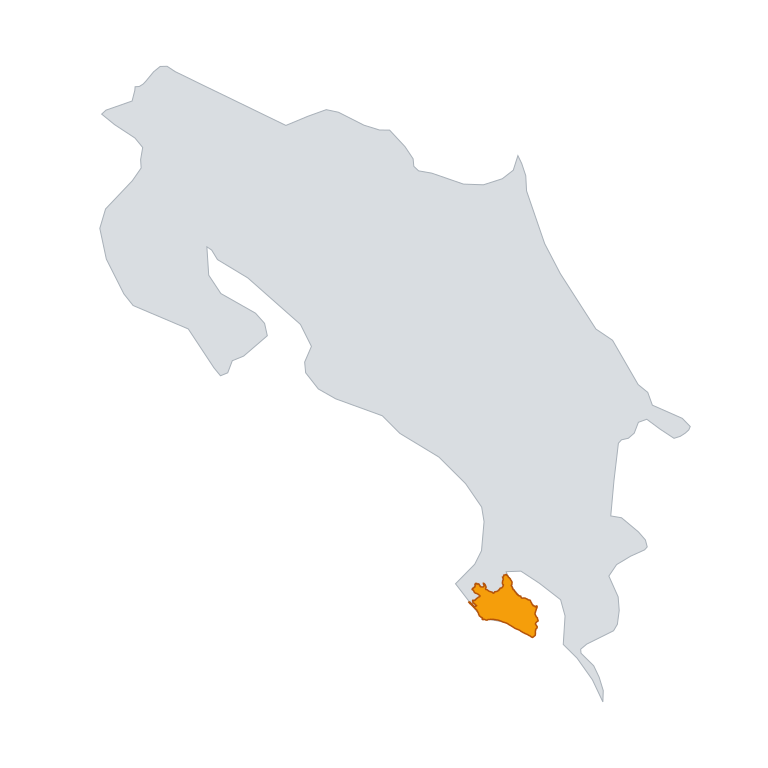 Puerto Jimenez, Puntarenas, Costa Rica (highlighted), rotated 6°
{"feature_id": "36466004B12090025276311", "entity_name": "Puerto Jimenez", "entity_type": "district", "adm_level": 2, "iso_a3": "CRI", "parent_name": "Costa Rica", "parent_adm1": "Puntarenas", "projection": "albers", "projection_center": [-83.47, 8.533], "detail": "fine", "context": "in_parent", "style": "filled", "palette": "amber", "viewbox_px": 768, "rotation_deg": 6, "n_neighbors": 0, "source": "geoboundaries", "source_scale": "gbopen_adm2", "svg_char_len": 7517}
<svg xmlns="http://www.w3.org/2000/svg" viewBox="0 0 768 768"><g transform="rotate(6 384 384)"><path d="M693.0,394.3L691.9,397.8L688.7,401.4L684.1,405.1L678.1,407.7L663.4,400.1L649.0,391.6L641.0,395.5L638.0,406.7L632.7,412.4L626.0,414.7L623.3,418.4L622.8,456.0L623.3,491.5L634.2,492.2L652.5,504.5L660.3,511.8L662.8,518.5L660.5,521.7L647.2,529.5L634.2,539.3L627.7,551.5L639.1,571.2L641.6,584.6L641.2,598.6L638.1,605.4L612.8,621.5L607.3,627.2L608.1,631.2L622.0,642.3L628.6,653.1L634.1,666.0L634.9,677.3L622.2,656.4L604.7,636.5L589.5,624.3L588.3,595.7L582.2,580.1L559.3,565.9L539.7,555.8L525.1,557.9L534.0,574.3L557.1,595.4L558.6,603.5L558.2,614.4L542.4,612.7L528.4,608.3L511.4,606.9L500.0,600.4L476.0,575.2L493.1,553.7L498.4,539.6L497.9,510.4L494.0,496.2L475.6,474.6L446.2,450.9L405.0,431.5L385.7,415.8L337.5,403.8L319.2,395.8L304.9,381.0L302.8,370.5L307.9,354.2L294.7,333.5L237.4,292.7L205.4,277.7L198.6,268.8L193.5,266.1L198.3,294.1L212.3,311.1L248.8,327.0L258.9,336.2L262.9,348.2L241.5,370.9L230.7,376.7L227.4,389.2L220.5,392.9L213.2,385.7L183.6,349.7L126.3,332.2L115.9,321.6L94.8,288.8L85.1,258.9L88.8,239.0L112.5,208.1L119.9,194.6L118.5,186.3L119.3,174.0L110.6,165.4L88.9,154.2L75.0,145.1L78.9,140.7L103.9,128.9L105.5,118.0L105.4,114.4L109.5,113.7L113.2,110.8L115.4,107.9L122.3,97.5L128.2,91.6L135.1,90.7L143.5,95.1L174.8,106.5L209.7,119.1L259.4,137.1L280.1,125.8L297.9,117.2L310.3,118.5L337.0,128.7L353.1,131.9L363.0,130.9L380.1,145.8L389.4,157.0L390.9,164.4L396.1,168.4L409.4,169.3L442.1,176.9L462.1,175.5L480.2,167.5L490.2,157.9L493.3,142.9L497.9,150.3L503.2,162.0L505.6,177.1L529.1,227.6L547.8,255.8L589.0,307.2L606.7,316.6L636.8,358.0L647.2,364.8L653.1,377.0L684.3,387.0L693.0,394.3Z" fill="#d9dde1" stroke="#a8b0b8" stroke-width="1"/><path d="M491.3,591.9L491.1,592.1L492.3,593.3L492.8,593.7L493.3,593.9L495.0,595.3L495.6,595.7L496.1,596.2L496.4,596.4L497.1,597.0L498.1,597.7L498.3,598.1L499.1,598.5L499.3,598.7L499.7,598.9L500.6,600.3L500.9,600.7L501.9,602.1L502.0,602.8L502.3,603.2L502.6,603.8L502.9,604.2L503.1,604.7L503.3,604.8L504.1,605.1L504.4,605.5L504.7,605.7L505.5,605.9L506.3,606.3L506.5,606.6L506.4,606.9L506.3,607.2L506.1,607.3L506.1,607.5L506.3,607.7L506.8,608.0L507.4,608.0L507.9,607.6L508.6,607.6L509.0,607.7L509.3,607.9L510.0,608.1L511.1,608.1L511.4,608.0L512.1,607.3L513.1,607.3L513.4,607.2L514.5,607.0L514.7,606.8L515.3,606.9L516.7,606.7L518.0,606.6L518.5,606.8L519.5,606.7L520.3,606.9L520.9,606.8L522.2,606.9L524.6,607.4L525.8,607.8L527.1,608.2L527.5,608.4L528.1,608.4L529.4,608.7L529.8,608.7L532.0,609.4L533.3,610.2L534.3,610.6L534.7,610.8L535.7,611.2L536.0,611.4L538.3,612.5L539.0,612.9L540.0,613.4L540.3,613.5L540.9,613.6L541.3,613.8L541.8,613.9L542.1,614.0L543.0,614.2L543.5,614.4L544.6,614.7L545.3,615.1L545.8,615.5L546.2,615.7L547.2,616.1L548.4,616.7L549.1,616.9L549.8,617.1L550.2,617.4L552.8,618.1L554.3,618.9L555.4,619.2L555.8,619.4L556.8,620.1L557.3,620.3L558.3,620.5L559.2,619.7L559.5,619.3L560.2,618.7L560.7,618.0L560.7,616.9L560.7,616.5L560.7,616.2L560.5,615.9L560.5,615.5L560.6,615.1L560.5,614.8L560.4,614.1L560.4,613.9L560.4,613.7L560.6,613.4L560.5,613.0L560.5,612.4L560.6,612.1L560.8,611.8L560.9,611.5L561.1,611.3L561.3,611.3L561.5,611.0L561.6,610.8L561.6,610.5L561.8,610.0L561.8,609.8L561.7,609.4L561.6,609.0L561.1,608.8L560.7,608.1L559.7,606.9L559.7,606.6L559.9,605.9L560.1,605.6L560.5,604.9L561.3,604.1L561.8,603.8L562.0,603.6L562.0,603.1L561.2,601.5L561.0,600.5L560.3,600.0L559.9,599.8L559.5,599.0L559.1,598.6L559.0,598.2L558.3,597.2L558.2,596.3L558.3,595.3L558.5,595.0L558.5,594.4L558.8,593.4L558.8,593.0L559.0,592.5L558.9,592.1L559.4,590.9L559.6,589.8L559.5,589.4L559.5,589.0L559.4,588.9L559.2,588.8L558.7,588.8L558.5,589.0L558.4,589.2L558.2,589.7L558.3,589.8L558.6,589.8L558.6,590.0L558.1,589.8L557.5,589.7L557.4,589.5L557.2,589.2L556.6,589.0L555.9,588.9L555.7,589.0L555.4,588.8L555.4,588.4L555.3,588.2L554.9,588.0L554.7,588.0L554.3,587.5L554.2,587.2L553.9,587.0L553.7,586.4L553.1,585.7L552.7,585.1L552.4,584.4L551.9,583.8L551.6,583.6L551.2,583.6L550.7,583.7L550.3,583.6L549.9,583.6L549.6,583.4L549.3,583.0L548.3,582.8L547.1,582.3L546.8,582.2L546.0,582.2L544.9,582.3L544.5,582.5L543.1,582.4L542.9,582.1L542.7,582.0L542.6,581.8L542.4,581.3L542.3,581.2L542.3,580.8L542.2,580.7L541.7,580.7L541.6,580.8L541.3,580.7L541.2,580.6L540.5,580.6L540.3,580.4L540.2,580.4L539.8,580.3L539.4,579.8L539.1,579.8L538.9,579.7L538.7,579.3L538.3,579.2L538.1,578.9L537.9,578.9L537.6,578.4L537.0,577.8L536.5,577.2L536.2,577.0L535.9,576.7L535.6,576.5L535.3,575.9L535.0,575.4L534.9,575.3L534.0,575.0L533.9,574.9L533.8,574.5L533.4,574.3L533.2,573.9L533.1,573.2L532.9,572.8L532.5,572.4L532.2,572.0L532.0,571.8L531.8,571.6L531.6,571.0L531.6,570.8L531.7,570.6L532.0,570.2L532.2,569.5L532.0,568.7L532.1,568.2L532.1,567.7L531.7,567.0L531.1,566.2L530.3,565.4L530.2,564.9L529.9,564.5L529.5,564.3L529.4,564.1L529.0,563.8L528.8,563.5L528.3,563.4L528.0,563.2L527.2,562.0L526.5,561.5L526.2,561.5L526.0,561.3L525.9,561.2L525.8,560.8L525.6,560.6L524.5,561.1L524.4,561.3L523.5,561.4L523.2,561.5L523.2,562.3L522.9,562.6L522.8,563.4L522.2,563.7L522.3,563.8L522.5,564.6L523.0,565.4L523.0,565.6L522.9,565.8L522.9,566.7L522.6,567.2L522.5,567.9L522.6,568.3L522.6,568.5L522.6,568.9L522.5,569.0L522.5,569.4L522.6,569.7L522.6,570.0L522.9,570.6L523.2,570.9L523.6,571.0L523.8,571.4L523.7,571.9L523.4,572.4L523.5,572.7L523.4,573.1L523.2,573.4L523.0,573.6L522.7,573.9L522.5,574.3L522.4,574.5L521.8,574.7L521.0,574.8L520.9,575.0L520.7,575.2L520.7,575.4L520.2,576.1L520.3,576.4L519.9,576.9L519.6,576.9L519.4,577.0L519.2,577.4L519.1,577.7L518.8,577.9L518.6,578.1L518.0,578.5L517.2,578.6L516.9,578.8L516.5,579.0L515.9,579.0L515.5,579.7L515.4,580.0L515.0,580.5L514.9,580.6L514.3,580.6L513.8,580.0L513.1,579.8L513.0,579.6L512.3,579.6L511.6,579.4L510.0,579.1L509.7,578.8L508.8,578.4L508.6,578.2L508.2,577.9L507.9,577.8L507.7,577.7L507.3,577.7L506.7,577.7L506.5,577.3L506.4,576.8L506.5,576.0L506.8,575.5L506.7,575.2L506.1,574.0L505.4,572.8L505.0,572.5L504.6,572.1L504.2,571.9L503.7,571.8L503.7,572.4L503.8,572.6L504.2,573.1L504.5,573.7L504.5,574.0L504.5,574.7L504.3,575.1L504.0,575.4L503.1,575.6L501.9,575.6L501.4,575.6L501.0,575.4L500.8,575.3L500.7,574.7L500.0,574.2L499.9,573.9L499.7,573.7L499.6,573.3L499.2,573.2L499.0,572.9L498.6,573.1L498.4,573.2L498.2,573.2L497.8,573.0L497.4,573.3L497.2,573.3L497.1,573.2L497.1,572.7L496.3,572.6L495.7,572.9L495.7,573.4L495.4,573.9L495.4,574.1L495.8,574.5L495.6,575.0L495.7,575.8L495.6,576.0L495.4,576.1L495.5,576.5L495.3,576.6L494.9,576.7L494.7,577.2L494.4,577.3L494.3,577.6L494.1,577.8L493.5,577.9L493.4,578.3L493.4,578.5L493.1,578.8L493.1,579.1L493.4,579.4L493.7,579.4L494.5,579.9L495.0,580.6L495.6,581.7L495.8,581.9L496.5,582.3L496.9,582.5L498.3,582.7L498.9,583.0L499.7,583.3L500.2,583.7L501.3,584.3L501.5,584.4L501.6,584.7L501.6,585.0L501.5,585.4L501.0,585.7L500.5,585.9L500.1,586.1L499.4,587.0L498.5,587.6L498.1,588.3L497.7,588.6L497.5,589.2L497.1,589.3L496.9,589.6L496.5,589.6L496.3,589.8L496.2,590.0L495.9,590.0L495.4,589.8L495.4,590.0L494.8,590.1L494.8,590.5L495.2,591.1L495.1,591.5L495.2,591.8L495.7,592.3L496.1,592.6L496.6,592.7L497.0,592.9L497.4,593.3L497.5,593.5L497.6,593.8L498.1,594.2L499.0,594.5L499.3,594.7L499.3,594.8L499.1,595.0L498.1,595.7L497.1,595.9L496.7,595.9L496.4,595.6L496.2,595.2L495.9,595.0L495.7,594.6L495.3,594.5L495.0,594.2L494.7,594.2L494.5,593.9L494.2,593.8L494.3,593.4L494.2,593.4L493.7,593.3L493.1,592.7L492.9,592.7L492.8,592.3L492.6,592.1L492.3,592.1L492.1,591.9L491.8,591.8L491.3,591.9Z" fill="#f59e0b" stroke="#b45309" stroke-width="1.5"/></g></svg>